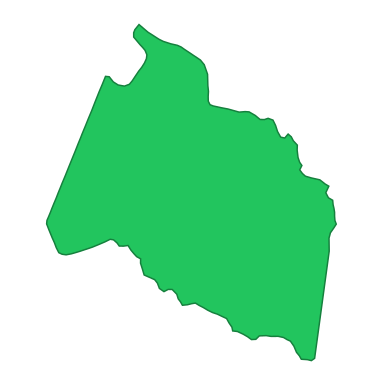 the district of São Cristóvão, Sergipe, Brazil, rotated 181°
{"feature_id": "56859067B41958446559326", "entity_name": "São Cristóvão", "entity_type": "district", "adm_level": 2, "iso_a3": "BRA", "parent_name": "Brazil", "parent_adm1": "Sergipe", "projection": "albers", "projection_center": [-37.21, -10.968], "detail": "fine", "context": "isolated", "style": "filled", "palette": "green", "viewbox_px": 384, "rotation_deg": 181, "n_neighbors": 0, "source": "geoboundaries", "source_scale": "gbopen_adm2", "svg_char_len": 2192}
<svg xmlns="http://www.w3.org/2000/svg" viewBox="0 0 384 384"><g transform="rotate(181 192 192)"><path d="M324.1,129.0L320.8,127.5L316.8,127.0L311.5,128.1L306.6,129.6L302.9,130.8L298.7,132.3L295.2,133.5L290.5,135.2L284.0,138.0L278.0,140.7L273.0,143.3L269.6,142.8L266.0,139.7L263.8,136.7L259.5,136.7L255.0,137.4L252.1,132.9L248.9,129.2L246.2,126.4L242.2,124.3L242.2,119.9L240.3,114.3L238.4,108.2L233.2,106.0L227.8,103.7L225.0,100.3L222.9,95.0L218.3,91.9L214.1,94.2L210.1,94.2L205.4,89.5L203.9,84.9L201.6,82.0L199.6,78.6L194.5,79.2L190.5,80.3L186.7,81.0L182.8,78.7L178.7,76.7L174.2,74.1L169.3,71.8L164.5,70.3L159.5,68.0L155.2,66.1L152.6,61.6L149.7,57.5L148.9,53.8L144.1,53.3L138.3,50.7L133.8,48.2L130.0,45.5L125.6,45.8L122.2,49.3L118.7,49.5L115.3,49.7L110.4,49.0L103.3,49.2L97.9,48.1L94.4,46.1L91.0,44.6L87.4,39.6L84.7,33.5L81.8,30.1L79.8,26.7L73.6,26.4L69.7,25.5L66.5,27.8L53.8,135.2L54.2,148.3L52.9,153.6L49.8,158.2L47.2,162.4L48.6,166.0L49.0,170.2L49.1,174.3L49.8,178.2L50.7,181.8L51.2,186.2L55.5,188.6L58.2,193.6L55.3,200.2L59.0,202.3L64.4,206.4L73.1,208.2L78.9,209.8L81.9,212.4L84.7,216.0L82.6,220.4L84.9,223.6L86.6,228.4L87.6,235.8L87.5,240.7L91.6,245.0L93.7,248.9L96.9,251.6L100.2,247.6L104.3,248.4L107.5,253.9L109.6,260.0L112.3,265.3L117.2,267.0L120.8,265.7L125.2,265.7L129.9,269.5L136.3,273.1L140.3,273.3L146.3,272.7L157.4,275.6L163.8,276.7L172.3,278.4L175.5,279.6L177.3,283.0L177.5,287.7L177.3,292.9L178.0,298.6L178.5,310.0L182.0,319.5L185.9,324.1L202.2,334.6L205.4,336.8L209.2,338.4L215.8,339.8L223.4,342.1L227.6,344.1L238.8,351.0L247.9,358.5L251.9,353.4L253.1,350.2L253.0,345.9L246.6,338.5L243.9,335.7L241.4,332.8L239.5,328.4L239.9,324.5L241.8,320.1L244.5,315.7L247.4,311.9L250.7,306.8L253.9,301.8L256.5,298.6L261.4,296.7L267.7,297.7L272.6,300.7L276.8,305.8L280.5,306.1L283.6,298.0L286.6,290.6L290.2,281.1L293.7,271.6L296.9,263.6L299.8,256.0L302.8,248.4L304.5,243.8L306.4,239.0L309.4,231.0L312.5,223.0L315.4,215.5L319.1,205.8L320.7,201.8L322.1,198.3L323.9,193.5L325.6,189.2L327.7,183.5L329.9,178.0L331.8,173.1L333.3,169.0L335.0,164.7L336.5,161.1L336.8,157.6L334.4,151.7L330.9,143.6L328.8,139.2L326.7,133.9L324.1,129.0Z" fill="#22c55e" stroke="#15803d" stroke-width="1.5"/></g></svg>